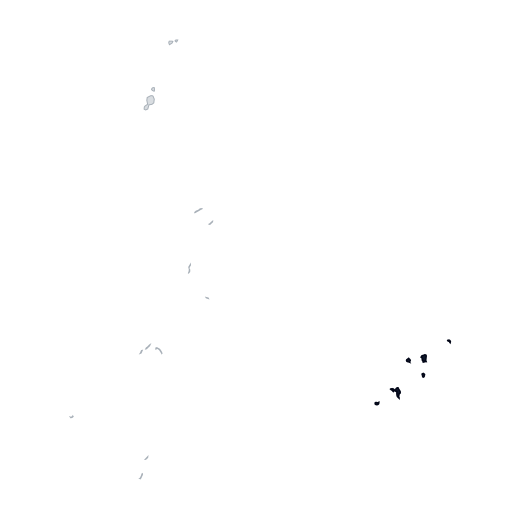 French Polynesia, with Marquesas Islands highlighted, rotated 88°
{"feature_id": "PYF-4967", "entity_name": "Marquesas Islands", "entity_type": "state/province", "adm_level": 1, "iso_a3": "PYF", "parent_name": "French Polynesia", "parent_adm1": "", "projection": "albers", "projection_center": [-139.551, -9.25], "detail": "fine", "context": "in_parent", "style": "filled", "palette": "ink", "viewbox_px": 512, "rotation_deg": 88, "n_neighbors": 0, "source": "natural_earth", "source_scale": "10m", "svg_char_len": 4194}
<svg xmlns="http://www.w3.org/2000/svg" viewBox="0 0 512 512"><g transform="rotate(88 256 256)"><path d="M101.2,357.7L105.3,359.0L106.2,361.2L105.3,362.7L103.2,362.4L102.2,361.6L100.6,359.0L96.6,359.7L93.8,359.2L92.2,355.8L92.1,354.3L92.7,353.3L95.7,352.2L99.4,352.8L100.8,354.7L101.2,357.7ZM397.0,116.6L401.4,118.2L402.7,118.0L401.3,119.5L397.0,120.4L395.5,121.1L393.7,120.6L392.8,118.9L397.0,116.6ZM366.2,93.2L363.3,93.9L361.9,93.8L360.8,91.4L361.2,89.9L361.7,89.4L366.6,90.0L367.0,91.1L366.9,92.1L366.2,93.2ZM40.5,335.6L39.3,335.7L38.3,335.2L38.4,332.2L38.7,331.6L40.3,332.5L41.8,335.1L40.5,335.6ZM86.9,353.8L86.0,354.6L84.8,354.1L84.3,353.4L84.1,352.6L84.3,351.7L87.0,351.7L87.8,352.1L86.9,353.8ZM381.3,94.1L379.4,94.3L379.1,92.9L379.7,92.1L380.5,91.7L382.0,92.2L382.8,92.8L382.7,93.4L381.3,94.1ZM366.1,108.6L365.4,109.1L364.3,107.4L364.1,106.6L366.2,105.7L367.4,106.2L366.1,108.6ZM210.5,315.2L210.6,315.7L210.1,315.6L209.0,314.2L208.6,312.9L207.9,311.4L206.9,310.3L206.8,309.4L206.7,307.8L207.8,310.2L208.9,312.1L209.6,313.6L210.5,315.2ZM345.4,358.8L345.6,359.4L344.5,359.3L344.2,359.1L344.2,358.1L345.0,356.8L345.6,355.8L346.8,354.8L348.9,353.7L350.0,353.3L350.3,353.6L349.9,353.7L346.3,355.8L345.2,357.3L344.7,358.3L344.8,358.6L345.4,358.8ZM407.9,141.1L406.8,141.6L406.7,138.4L408.1,139.0L408.6,139.5L408.4,140.4L407.9,141.1ZM344.9,368.6L345.1,369.5L344.0,368.9L343.0,367.4L341.2,365.6L340.7,364.8L342.1,365.5L343.0,366.6L344.9,368.6ZM38.6,329.1L38.1,329.4L37.5,328.9L37.3,328.1L37.4,326.7L38.8,327.5L39.4,328.1L38.6,329.1ZM395.9,123.7L393.7,126.0L393.7,123.5L394.5,123.2L395.2,123.2L395.9,123.7ZM474.7,379.4L474.2,380.1L474.1,379.5L473.3,379.1L472.2,378.5L470.7,377.8L469.9,377.7L469.5,377.2L470.0,377.0L471.0,377.3L472.3,378.0L473.8,378.7L474.7,379.4ZM222.8,300.9L222.7,302.3L222.1,301.0L220.3,299.0L219.6,298.1L220.4,298.2L222.8,300.9ZM349.0,374.2L349.4,375.3L348.7,374.8L346.5,373.8L346.3,372.9L349.0,374.2ZM269.5,322.9L271.1,324.3L269.0,323.4L266.4,323.0L267.4,322.7L268.8,322.7L269.5,322.9ZM265.8,323.4L264.7,323.6L261.9,321.8L262.9,321.8L264.5,322.9L265.8,323.4ZM455.4,373.3L455.4,373.9L452.6,371.1L453.7,371.3L455.4,373.3ZM411.2,446.8L410.4,447.3L410.7,446.6L410.1,445.0L409.4,444.7L410.1,444.3L411.0,445.5L411.2,446.8ZM296.1,307.2L295.6,307.5L296.3,305.2L297.0,304.9L296.1,307.2Z" fill="#d9dde1" stroke="#a8b0b8" stroke-width="1"/><path d="M402.5,118.0L403.1,118.0L401.5,119.5L400.8,119.8L400.1,119.9L399.0,120.0L397.4,120.0L397.1,119.9L396.9,119.8L396.6,119.8L396.2,119.8L396.1,120.9L395.9,121.3L395.6,121.4L395.2,121.2L394.0,120.9L393.5,120.6L393.1,120.2L392.8,119.8L392.7,119.4L392.6,119.0L392.7,118.6L393.6,118.3L396.2,116.8L397.2,116.6L398.1,116.8L398.5,117.4L398.8,117.8L399.4,118.0L400.0,118.2L400.6,118.2L401.3,118.4L401.6,118.4L401.9,118.4L402.1,118.2L402.3,118.1L402.5,118.0ZM366.8,90.6L367.6,91.3L367.8,91.7L367.9,92.4L367.7,92.8L367.4,92.8L366.7,92.3L366.5,92.9L366.0,93.4L365.5,93.5L365.0,93.1L364.8,93.1L364.5,93.4L363.3,93.8L363.0,94.0L362.9,94.5L362.6,94.4L362.2,94.1L361.6,93.7L361.4,93.3L361.1,92.0L361.0,91.4L360.9,91.1L360.7,90.9L360.6,90.7L361.0,89.6L361.9,89.4L365.6,90.0L366.5,90.0L366.8,90.0L367.2,89.7L367.5,89.6L367.5,89.8L367.4,89.8L367.1,90.2L366.8,90.6ZM366.0,105.5L366.7,106.2L367.1,106.4L367.5,106.2L367.1,107.1L366.9,108.1L366.5,108.9L365.6,109.2L365.0,109.0L363.6,107.0L364.2,106.6L364.7,106.0L365.3,105.6L366.0,105.5ZM406.5,138.4L407.5,138.5L407.9,138.6L408.3,138.9L408.8,139.8L408.8,140.9L408.3,141.9L407.3,142.1L406.8,141.9L406.6,141.4L406.6,140.9L407.0,139.8L407.0,139.4L406.5,138.4ZM382.6,92.4L382.9,92.9L382.8,93.3L382.3,93.6L381.8,93.7L380.5,93.8L380.0,94.0L379.6,94.5L379.7,94.1L379.5,93.7L379.3,93.2L379.2,92.8L380.2,91.7L380.4,91.7L380.6,92.0L380.8,92.0L381.3,91.9L381.6,91.9L382.6,92.4ZM395.3,122.7L395.6,122.8L396.0,123.1L396.3,123.4L396.2,123.5L395.9,123.8L395.7,124.0L395.4,124.0L394.9,124.6L394.2,125.7L393.8,126.1L393.4,125.6L393.5,125.1L393.6,124.5L393.4,123.9L393.7,123.6L394.1,122.9L394.6,122.4L395.3,122.7ZM347.8,66.6L347.6,67.0L347.4,67.3L347.1,67.4L346.8,67.0L346.8,65.9L347.4,65.1L348.4,64.7L349.4,65.0L349.0,65.3L348.8,65.4L348.3,65.5L348.1,65.7L347.8,66.6Z" fill="#0f172a" stroke="#020617" stroke-width="1.5"/></g></svg>